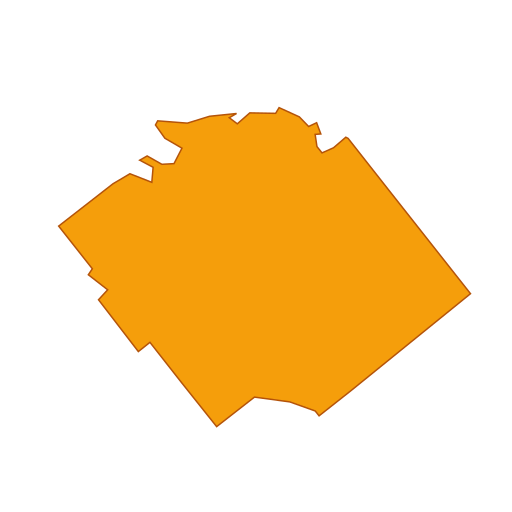 the district of Onondaga, New York, United States of America, rotated 325°
{"feature_id": "52423323B60762350977788", "entity_name": "Onondaga", "entity_type": "district", "adm_level": 2, "iso_a3": "USA", "parent_name": "United States of America", "parent_adm1": "New York", "projection": "equal_earth", "projection_center": [-76.181, 43.021], "detail": "fine", "context": "isolated", "style": "filled", "palette": "amber", "viewbox_px": 512, "rotation_deg": 325, "n_neighbors": 0, "source": "geoboundaries", "source_scale": "gbopen_adm2", "svg_char_len": 733}
<svg xmlns="http://www.w3.org/2000/svg" viewBox="0 0 512 512"><g transform="rotate(325 256 256)"><path d="M410.1,409.9L402.5,277.2L398.9,212.5L397.7,210.2L381.6,211.8L369.2,209.4L368.7,201.3L374.2,190.3L379.1,193.2L382.1,181.6L373.4,180.1L371.3,166.9L360.0,147.7L353.9,150.4L333.0,135.2L316.5,137.0L313.4,127.4L321.8,128.1L298.1,114.9L276.0,107.8L253.0,88.9L248.8,91.0L248.9,107.3L257.2,125.2L241.8,133.3L231.5,126.9L224.2,111.6L215.7,110.8L222.6,124.3L212.9,135.9L199.9,116.3L180.3,114.8L111.5,118.3L114.6,172.6L107.9,175.2L115.1,198.6L101.9,201.5L104.8,266.8L119.6,265.9L122.4,317.2L125.9,373.2L173.8,370.7L200.0,394.9L215.6,416.9L216.0,423.1L256.3,420.8L410.1,409.9Z" fill="#f59e0b" stroke="#b45309" stroke-width="1.5"/></g></svg>